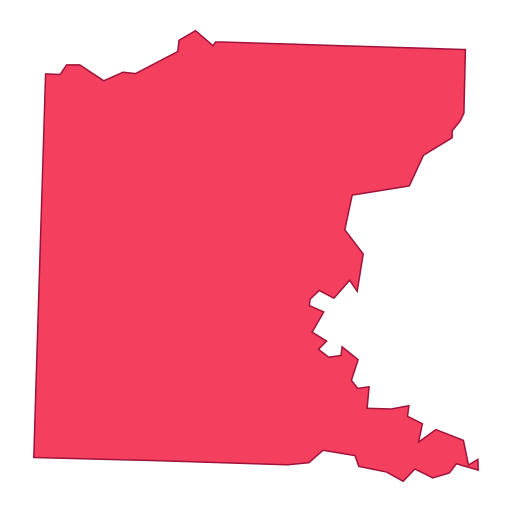 Ouachita, Arkansas, United States of America
{"feature_id": "52423323B57223393950", "entity_name": "Ouachita", "entity_type": "district", "adm_level": 2, "iso_a3": "USA", "parent_name": "United States of America", "parent_adm1": "Arkansas", "projection": "mercator", "projection_center": [-92.764, 33.589], "detail": "fine", "context": "isolated", "style": "filled", "palette": "rose", "viewbox_px": 512, "rotation_deg": 0, "n_neighbors": 0, "source": "geoboundaries", "source_scale": "gbopen_adm2", "svg_char_len": 939}
<svg xmlns="http://www.w3.org/2000/svg" viewBox="0 0 512 512"><path d="M478.2,470.1L477.9,459.4L468.5,465.0L463.4,440.4L435.8,429.6L418.6,442.1L422.4,423.8L407.5,416.3L408.9,405.7L391.2,409.0L367.1,408.3L369.1,386.8L357.8,388.4L351.4,380.4L358.1,359.7L342.1,346.8L341.0,355.5L328.6,357.2L318.5,349.3L326.6,341.1L312.1,332.2L323.7,312.0L309.4,305.6L310.1,299.2L319.2,290.5L333.9,298.2L349.6,280.3L357.2,291.3L363.2,254.0L344.8,229.8L352.2,195.1L409.3,185.9L423.5,155.2L452.1,137.8L452.2,130.8L460.2,120.9L463.9,113.2L465.4,49.5L463.4,49.5L221.7,42.0L215.4,42.0L213.0,45.7L195.5,30.7L179.0,40.3L177.8,51.5L135.5,73.6L123.1,72.2L103.8,80.8L79.7,64.9L66.6,64.9L60.1,74.5L45.6,73.9L35.9,387.4L33.8,457.5L118.4,459.7L147.0,460.4L174.6,461.2L287.4,464.8L308.9,462.7L323.0,450.3L355.0,455.6L358.8,466.4L386.5,472.0L403.1,481.3L414.9,469.0L432.7,477.9L449.4,472.9L456.4,463.8L478.2,470.1Z" fill="#f43f5e" stroke="#9f1239" stroke-width="1.5"/></svg>